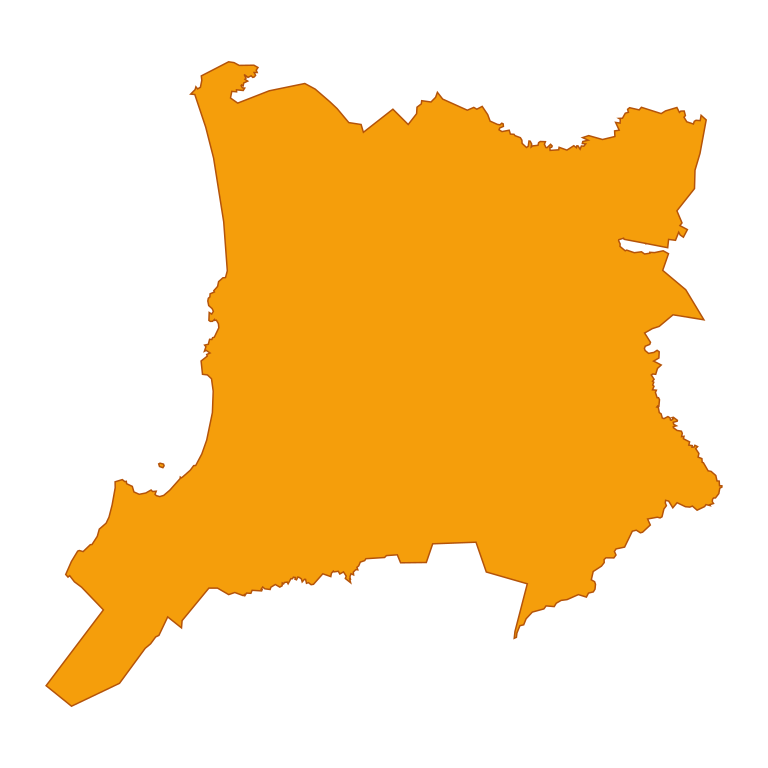 Compostela, Nayarit, Mexico
{"feature_id": "50627088B82523169832508", "entity_name": "Compostela", "entity_type": "district", "adm_level": 2, "iso_a3": "MEX", "parent_name": "Mexico", "parent_adm1": "Nayarit", "projection": "albers", "projection_center": [-105.087, 21.114], "detail": "fine", "context": "isolated", "style": "filled", "palette": "amber", "viewbox_px": 768, "rotation_deg": 0, "n_neighbors": 0, "source": "geoboundaries", "source_scale": "gbopen_adm2", "svg_char_len": 6076}
<svg xmlns="http://www.w3.org/2000/svg" viewBox="0 0 768 768"><path d="M710.2,505.6L709.7,504.7L713.5,503.5L712.3,501.7L712.5,499.4L713.5,498.0L715.5,497.9L718.8,493.6L719.8,488.2L721.9,487.1L721.9,485.8L719.5,485.7L719.2,481.1L717.0,480.9L715.8,475.5L711.1,471.4L708.1,470.8L703.4,462.7L702.2,462.3L701.9,458.6L698.1,457.1L698.9,453.5L695.7,448.7L697.6,446.6L694.9,445.3L694.0,447.1L692.0,447.2L692.2,445.6L688.8,445.1L689.6,441.9L683.4,438.7L684.0,436.3L681.6,436.6L682.3,433.3L681.4,431.2L677.0,430.4L673.4,427.7L673.3,426.6L676.4,425.8L673.7,424.3L673.2,422.3L677.2,421.2L677.4,420.3L673.4,417.3L672.1,417.6L673.0,418.9L671.4,420.2L670.5,420.0L670.1,417.9L667.9,416.6L664.0,418.6L662.3,418.0L661.1,413.8L659.3,412.6L658.3,407.4L656.8,407.0L657.9,405.8L658.9,406.2L659.5,399.7L658.5,397.7L657.1,397.7L655.4,392.4L656.4,390.2L652.5,389.8L654.0,386.3L652.7,385.0L653.8,382.2L652.5,381.3L654.1,379.3L651.3,375.0L652.7,374.0L655.7,374.3L657.5,368.4L661.2,365.0L653.6,361.1L658.9,358.0L659.2,351.8L657.1,350.3L653.9,352.4L648.6,353.4L645.1,350.5L644.4,348.4L645.3,346.2L649.7,344.4L650.5,342.3L644.6,333.0L652.4,328.6L659.2,326.4L673.0,314.8L703.9,319.8L685.8,289.8L662.7,270.4L668.5,253.7L663.2,250.8L654.5,252.6L649.8,252.3L649.9,253.2L644.6,254.0L641.5,251.8L634.3,252.7L626.7,250.1L625.2,250.8L620.0,246.4L620.1,243.9L618.6,240.7L618.8,239.7L623.6,238.2L624.1,239.3L645.7,243.4L645.9,244.4L646.1,243.5L667.7,247.7L668.6,239.4L675.5,240.3L678.7,232.2L680.2,235.0L683.4,237.2L687.4,229.6L679.9,225.6L682.0,222.9L676.9,210.8L694.5,188.6L695.0,170.2L700.0,153.4L706.2,119.9L701.1,115.3L700.2,120.6L696.0,120.3L694.3,121.3L693.4,124.0L686.8,121.8L684.0,117.2L685.4,115.6L684.2,111.0L680.8,111.1L679.4,112.4L676.9,107.5L665.5,110.9L661.2,113.6L641.4,107.3L639.2,109.9L629.6,107.7L627.6,109.3L628.4,112.3L625.3,113.2L622.5,118.2L618.9,118.4L620.3,119.2L620.1,123.1L615.6,122.4L619.2,130.2L614.6,130.9L614.9,136.5L602.5,139.5L588.7,135.6L582.6,137.6L588.2,140.2L582.8,141.5L582.3,143.5L585.7,143.9L583.8,146.2L581.4,146.0L580.1,149.2L578.0,145.9L576.9,145.8L576.4,147.7L573.8,145.7L566.9,150.1L559.1,147.3L558.7,149.8L550.1,150.4L549.9,147.4L551.6,147.3L552.2,146.0L550.6,144.3L547.0,147.7L545.9,147.5L544.4,144.3L545.4,141.7L540.3,141.5L538.6,142.7L538.0,145.3L532.7,145.9L531.2,147.0L531.7,144.1L530.2,141.2L529.0,141.0L528.2,146.3L526.5,147.5L522.1,143.4L521.9,140.2L520.4,137.7L514.9,135.6L514.0,134.3L510.4,134.1L509.2,130.2L502.0,131.6L499.0,129.8L499.7,128.0L503.4,126.4L503.2,123.9L501.8,123.2L500.0,124.8L497.4,124.4L490.1,121.1L487.7,114.6L482.2,106.4L476.8,109.2L473.8,107.4L467.3,110.2L442.7,99.1L437.4,92.3L435.6,97.3L431.0,102.0L421.7,100.7L421.3,103.9L417.0,107.2L416.6,113.7L408.2,124.5L392.9,109.2L363.4,132.3L361.1,124.5L348.8,122.6L337.1,108.6L329.9,101.8L315.2,89.1L304.8,83.5L269.2,90.8L237.7,103.1L230.5,98.0L231.8,91.4L236.6,91.8L236.5,89.8L243.2,90.5L244.7,88.1L242.4,87.8L241.1,85.7L241.6,84.9L243.2,85.8L243.7,83.0L247.7,81.1L244.9,79.3L246.0,78.2L244.2,74.5L248.0,77.4L251.1,75.8L252.8,77.4L254.3,76.9L255.6,75.3L254.1,72.5L257.2,72.5L256.2,70.2L258.0,67.5L253.9,65.2L239.2,65.4L234.0,62.6L228.6,61.8L201.3,75.9L201.8,80.3L200.4,87.3L197.6,88.9L195.9,86.8L195.1,89.6L190.7,94.1L194.8,94.5L205.7,127.1L213.6,158.1L223.7,221.8L227.3,270.8L225.5,277.6L222.9,277.8L218.6,281.6L217.6,286.4L213.8,290.7L214.4,292.0L210.1,293.8L209.9,296.9L208.3,298.3L207.8,301.0L208.7,305.6L212.1,308.6L213.4,311.3L211.7,314.1L209.2,312.5L208.9,320.4L210.3,321.4L212.5,321.3L214.5,319.5L214.7,320.4L216.4,320.2L218.4,323.7L218.8,327.8L214.3,337.2L212.6,337.7L211.8,339.5L209.6,339.3L208.3,344.3L204.6,345.1L205.9,346.8L204.4,351.3L206.2,350.4L210.0,353.0L206.7,354.5L207.3,356.1L201.1,361.0L202.5,374.3L207.4,374.9L211.5,378.8L213.2,391.2L212.4,412.6L206.7,440.1L201.8,454.0L195.7,465.5L193.7,465.6L190.2,470.3L182.6,477.0L181.3,477.9L180.3,477.1L180.1,478.6L169.8,490.2L163.7,495.4L159.7,496.6L156.5,495.7L155.0,494.4L156.2,491.2L152.5,491.5L151.1,490.0L145.8,493.0L139.2,494.3L133.9,491.9L132.3,486.4L126.6,483.7L126.3,481.3L124.8,481.6L122.3,479.6L115.1,481.8L115.2,487.8L112.1,505.0L109.0,517.1L106.1,523.2L99.3,529.1L97.3,536.3L92.0,544.5L90.3,544.7L83.1,551.6L79.3,550.5L77.7,551.1L71.4,561.5L65.7,574.5L68.0,577.1L69.7,575.7L74.4,581.8L81.6,587.2L103.4,609.9L46.1,685.7L71.5,706.2L119.5,683.3L145.2,648.3L150.6,643.8L155.7,636.9L158.9,635.4L167.7,616.9L181.5,627.9L182.1,620.6L208.9,588.1L217.5,588.1L228.7,594.6L234.8,592.5L243.2,595.6L244.5,594.6L244.9,595.6L246.5,593.1L250.9,593.3L252.1,590.3L261.6,590.9L262.2,589.5L261.2,589.2L262.7,587.0L264.8,588.8L270.1,589.5L270.9,587.2L275.3,584.5L279.8,587.1L282.1,585.8L282.3,583.0L283.6,583.9L284.4,582.5L287.2,582.1L288.1,583.8L290.9,578.7L292.4,578.7L293.4,577.2L295.4,577.5L295.0,579.2L296.5,579.8L297.9,577.0L299.5,577.6L301.4,579.0L302.2,581.9L304.5,579.3L305.6,579.4L306.5,583.3L308.4,582.6L311.1,584.7L313.5,584.3L322.8,573.8L330.8,576.6L331.4,573.3L333.3,571.1L333.9,571.9L338.3,571.3L339.8,574.0L343.5,571.9L346.2,576.1L345.3,578.5L350.6,582.7L349.7,579.0L350.4,579.1L349.9,576.9L351.0,573.7L353.6,574.9L353.3,572.1L355.8,569.6L357.8,569.8L356.9,567.3L358.7,565.9L360.3,562.1L364.7,560.6L365.9,558.7L384.6,557.5L386.4,555.6L397.3,554.8L400.6,562.8L426.3,562.5L432.7,543.8L476.0,542.2L486.3,572.0L527.3,583.8L515.0,631.3L514.2,638.3L516.4,637.3L516.9,633.1L519.9,625.7L523.7,624.8L526.1,618.8L532.3,612.1L543.9,608.9L546.1,605.9L554.2,606.6L556.3,603.2L561.1,600.4L567.1,599.6L578.4,594.6L586.4,597.1L588.5,593.1L593.3,591.9L595.0,589.2L595.5,584.3L594.6,581.7L591.3,579.8L593.2,571.5L601.5,566.1L604.2,562.6L604.1,559.5L606.0,557.8L613.9,557.9L616.0,555.0L614.4,551.4L616.1,548.9L624.6,547.1L632.3,531.2L636.3,530.2L640.4,532.8L642.6,532.2L650.3,525.0L647.6,519.0L657.3,517.2L660.1,517.9L662.0,516.8L663.9,509.0L666.4,505.7L665.3,503.0L665.6,500.3L668.7,501.1L672.8,507.8L677.1,502.7L685.4,506.7L689.8,507.1L692.4,506.1L697.1,510.2L704.6,506.6L706.0,504.6L710.2,505.6ZM160.0,463.2L158.7,463.9L159.5,466.5L162.9,467.7L164.1,465.8L163.5,464.1L160.0,463.2Z" fill="#f59e0b" stroke="#b45309" stroke-width="1.5"/></svg>